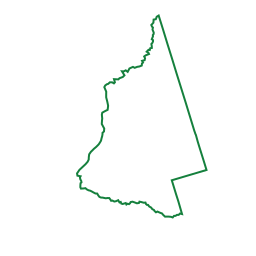 Castanheiras, Rondônia, Brazil, rotated 253°
{"feature_id": "56859067B68842003571773", "entity_name": "Castanheiras", "entity_type": "district", "adm_level": 2, "iso_a3": "BRA", "parent_name": "Brazil", "parent_adm1": "Rondônia", "projection": "orthographic", "projection_center": [-61.87, -11.438], "detail": "fine", "context": "isolated", "style": "outline", "palette": "green", "viewbox_px": 256, "rotation_deg": 253, "n_neighbors": 0, "source": "geoboundaries", "source_scale": "gbopen_adm2", "svg_char_len": 2285}
<svg xmlns="http://www.w3.org/2000/svg" viewBox="0 0 256 256"><g transform="rotate(253 128 128)"><path d="M150.9,111.2L150.2,107.9L148.4,106.9L144.5,106.1L143.2,105.5L139.5,104.1L134.4,105.1L131.7,104.0L130.8,102.2L129.5,101.8L127.7,100.9L125.9,99.7L123.8,98.5L122.5,97.1L121.0,95.3L120.2,93.9L119.2,92.0L118.1,89.4L116.9,87.2L116.1,85.6L114.2,83.2L111.6,82.0L109.3,81.2L107.5,79.5L105.8,76.8L102.2,69.4L99.5,66.0L97.2,65.7L95.7,68.5L94.8,67.6L93.0,67.4L90.8,67.8L89.6,67.6L89.1,66.5L87.4,65.8L85.3,65.1L83.8,65.3L83.1,68.1L82.9,69.7L81.4,70.6L80.0,72.0L79.2,73.4L78.1,74.6L76.7,75.9L74.9,77.7L74.3,79.4L72.4,79.8L70.5,80.5L69.4,81.8L68.8,83.5L68.0,84.9L67.3,86.2L67.0,88.0L66.5,89.6L64.8,90.2L63.3,90.6L63.2,91.8L61.7,93.4L61.5,95.1L61.8,97.5L59.3,98.1L59.4,99.4L57.7,99.5L56.9,100.7L56.9,103.9L55.3,104.1L55.7,105.5L54.9,106.7L55.4,107.9L56.4,108.9L56.2,110.8L55.4,111.9L54.5,113.1L53.4,114.5L53.1,116.5L54.2,117.4L53.4,118.9L51.9,121.3L51.6,122.9L50.0,123.0L49.0,123.6L48.6,124.7L46.8,125.3L45.1,126.9L43.3,127.5L42.1,128.8L40.9,129.1L39.2,130.1L39.5,131.7L37.9,133.5L37.1,134.5L36.4,135.5L34.7,136.2L32.4,137.5L31.5,140.7L30.5,143.1L29.4,144.6L30.5,146.3L30.1,147.8L30.6,149.4L30.1,151.0L31.0,152.7L29.9,154.5L43.2,154.7L50.7,154.6L58.5,154.6L65.2,154.6L64.9,190.8L73.5,190.8L89.3,190.7L94.6,190.7L101.5,190.9L102.8,190.7L104.0,190.7L105.8,190.6L119.9,190.6L131.3,190.6L134.9,190.6L151.0,190.5L166.1,190.4L181.2,190.4L196.4,190.3L212.4,190.3L226.6,190.2L226.0,188.0L223.9,186.4L224.2,184.2L221.3,183.1L220.5,181.8L219.7,180.4L217.9,180.6L216.8,181.2L214.9,180.2L211.8,180.5L210.4,180.0L209.6,178.9L208.4,178.7L205.9,176.7L204.7,177.6L203.4,177.2L202.2,176.1L201.5,174.9L199.5,174.7L197.6,174.2L197.8,172.6L196.2,171.6L196.8,170.5L195.5,168.2L194.0,169.5L192.6,169.7L192.3,166.2L191.7,164.4L189.7,164.7L188.0,163.7L188.1,161.1L186.2,161.5L185.6,160.2L183.7,159.4L183.5,156.9L183.8,154.7L183.6,152.0L185.0,150.6L184.5,146.8L181.8,144.1L183.8,142.7L183.4,140.5L184.0,138.8L179.4,140.0L178.3,137.9L178.1,134.4L177.3,133.0L178.8,128.9L175.5,128.8L174.8,127.6L176.3,126.2L177.0,124.0L176.0,122.0L176.0,120.5L175.3,118.6L174.0,117.3L169.1,117.8L167.3,117.2L163.7,116.1L159.3,115.9L155.1,115.5L152.8,114.5L151.3,113.8L150.9,111.2Z" fill="none" stroke="#15803d" stroke-width="2"/></g></svg>